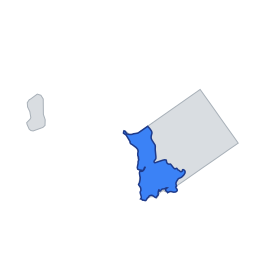 Litoral highlighted on a map of Equatorial Guinea, rotated 325°
{"feature_id": "GNQ-1470", "entity_name": "Litoral", "entity_type": "Province", "adm_level": 1, "iso_a3": "GNQ", "parent_name": "Equatorial Guinea", "parent_adm1": "", "projection": "orthographic", "projection_center": [9.856, 1.633], "detail": "fine", "context": "in_parent", "style": "filled", "palette": "blue", "viewbox_px": 256, "rotation_deg": 325, "n_neighbors": 0, "source": "natural_earth", "source_scale": "10m", "svg_char_len": 3677}
<svg xmlns="http://www.w3.org/2000/svg" viewBox="0 0 256 256"><g transform="rotate(325 128 128)"><path d="M209.2,137.8L209.3,150.8L209.4,161.8L209.4,173.8L209.5,186.2L209.6,196.7L209.6,203.6L198.1,203.5L182.8,203.5L167.5,203.4L152.2,203.4L144.5,203.4L136.0,203.3L133.3,203.7L131.4,205.4L129.2,205.8L126.6,204.3L123.4,203.6L122.5,202.1L120.9,199.4L117.8,199.1L116.2,199.4L113.9,200.9L111.4,201.8L111.9,200.5L106.8,197.1L103.2,196.8L99.8,195.7L102.6,186.9L105.9,179.0L111.0,173.1L113.7,171.7L114.6,168.8L118.6,159.1L123.6,151.3L122.0,143.4L123.2,130.1L124.6,130.5L124.9,131.7L125.2,133.6L127.1,135.2L133.3,137.8L151.7,137.8L162.7,137.8L178.9,137.8L196.1,137.8L209.2,137.8ZM63.3,48.2L64.7,48.4L73.1,48.2L75.4,51.2L75.2,55.6L66.5,68.3L64.9,73.7L61.5,78.3L58.6,78.7L48.6,76.0L47.0,74.4L46.4,72.2L47.4,67.1L48.1,65.5L52.9,64.6L54.4,63.7L57.0,58.2L57.8,53.2L60.0,49.5L63.3,48.2Z" fill="#d9dde1" stroke="#a8b0b8" stroke-width="1"/><path d="M123.1,128.0L123.8,128.9L123.8,130.0L123.7,131.2L123.8,132.3L124.5,133.2L125.8,134.4L127.2,135.3L128.2,135.7L129.2,135.9L132.8,137.7L133.9,137.9L141.5,137.9L145.1,137.9L145.5,141.0L145.5,143.7L145.3,144.7L145.0,145.4L144.6,146.0L142.4,147.9L141.9,148.5L141.2,149.5L140.9,150.4L140.7,151.4L140.4,157.5L139.9,158.6L137.9,161.3L134.4,167.5L133.4,168.9L132.6,169.4L131.6,169.7L130.6,170.0L130.1,170.4L129.8,171.1L129.9,171.6L130.1,171.9L130.5,172.1L134.4,173.2L138.0,174.3L139.7,175.0L140.7,175.9L140.9,176.2L140.9,176.4L140.5,177.1L140.0,178.4L139.9,179.1L140.0,179.8L140.4,180.7L140.9,181.2L142.0,181.8L142.2,182.4L142.4,186.1L142.5,187.0L142.8,188.1L143.3,188.5L143.8,188.7L144.4,188.7L144.8,189.0L144.9,189.6L144.9,190.2L144.9,191.0L145.1,191.4L145.4,191.8L145.6,192.3L145.9,193.7L146.2,194.1L146.8,194.4L147.4,194.5L147.8,194.3L148.2,193.9L148.6,193.6L148.9,193.5L149.4,193.8L149.7,194.3L149.9,195.0L150.0,195.7L149.8,196.4L149.3,197.1L148.6,197.7L147.7,198.1L146.8,198.5L144.7,198.9L143.6,199.0L142.8,198.9L142.1,198.8L140.9,198.5L140.4,198.4L139.9,198.5L139.2,198.7L138.9,198.9L137.6,199.4L136.3,200.1L136.0,200.4L135.6,200.7L135.3,201.2L134.8,202.3L134.4,203.5L133.3,203.7L133.0,204.6L133.0,206.2L132.8,207.0L132.2,207.6L131.3,207.8L130.3,207.7L129.3,207.2L128.3,206.5L126.9,204.8L126.0,204.2L125.1,203.9L123.4,203.7L123.5,203.4L123.4,202.4L123.0,201.0L123.1,200.3L123.5,199.9L124.3,199.7L125.1,199.5L125.8,199.5L125.5,199.2L124.8,199.0L124.0,198.8L123.3,198.8L122.7,198.6L121.3,197.8L120.6,197.6L118.3,198.1L117.7,197.9L117.5,197.4L117.7,196.8L118.2,196.3L118.5,196.1L117.5,196.5L116.2,197.6L115.1,198.9L114.7,199.7L114.3,200.1L112.4,200.6L111.0,201.1L110.5,200.5L109.6,197.8L109.2,197.1L108.6,196.5L107.7,196.1L106.6,195.8L105.9,196.0L105.2,196.3L103.4,196.6L101.8,197.4L100.9,197.6L100.4,197.3L99.1,195.8L98.4,195.3L98.5,194.7L98.4,194.3L97.6,193.3L98.5,193.0L99.2,192.3L99.6,191.5L100.6,188.6L101.1,187.6L101.7,187.1L102.6,186.7L103.4,185.6L104.0,184.3L104.2,183.3L104.1,181.1L104.3,180.2L105.9,179.5L108.1,177.5L109.1,176.3L109.2,176.2L109.4,175.9L109.6,175.6L109.9,175.2L110.0,174.6L110.7,173.0L111.6,171.3L112.7,170.4L113.5,170.7L114.2,171.3L115.2,171.7L116.7,171.5L117.8,171.0L118.8,170.4L120.0,169.8L118.9,169.8L116.6,171.4L115.6,171.1L113.2,168.8L112.3,167.3L112.9,165.7L116.2,162.5L116.3,162.3L116.7,161.6L117.0,161.3L118.1,160.5L118.6,160.1L118.8,159.7L119.3,158.6L119.5,158.2L119.8,158.0L120.0,157.6L120.2,156.3L120.4,155.9L120.7,155.6L120.8,155.3L121.1,154.8L123.1,152.8L123.7,150.9L123.5,148.6L121.9,144.0L121.4,142.9L121.2,142.4L121.2,141.8L121.3,141.2L121.5,140.8L121.8,140.6L121.9,140.3L122.4,133.3L122.2,132.0L121.8,131.0L121.3,129.7L122.0,128.8L123.1,128.0Z" fill="#3b82f6" stroke="#1e3a8a" stroke-width="1.5"/></g></svg>